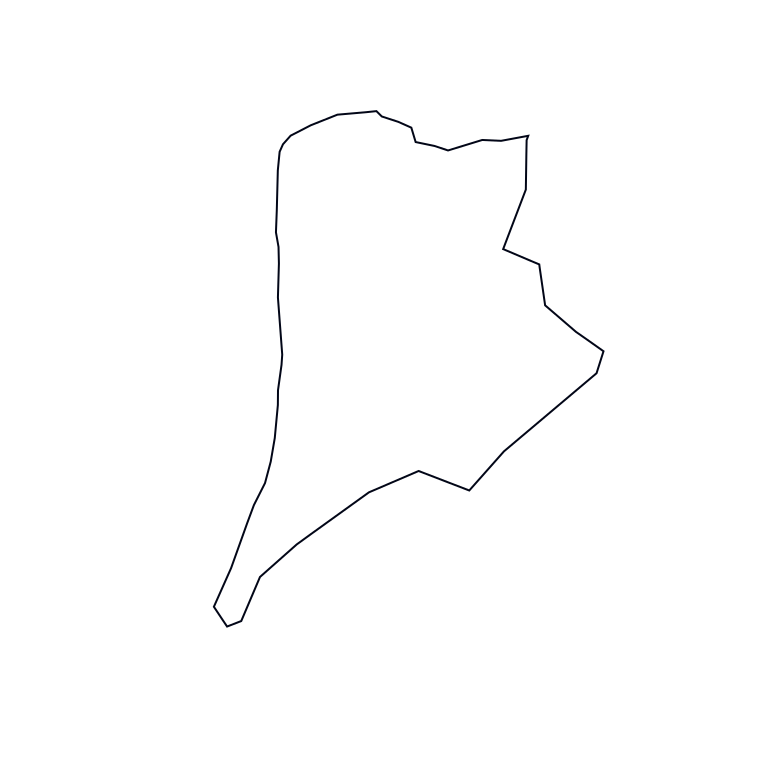 Zongo, Équateur, Democratic Republic of the Congo, rotated 24°
{"feature_id": "63176286B53748739739840", "entity_name": "Zongo", "entity_type": "district", "adm_level": 2, "iso_a3": "COD", "parent_name": "Democratic Republic of the Congo", "parent_adm1": "Équateur", "projection": "natural_earth1", "projection_center": [18.69, 4.178], "detail": "fine", "context": "isolated", "style": "outline", "palette": "ink", "viewbox_px": 768, "rotation_deg": 24, "n_neighbors": 0, "source": "geoboundaries", "source_scale": "gbopen_adm2", "svg_char_len": 907}
<svg xmlns="http://www.w3.org/2000/svg" viewBox="0 0 768 768"><g transform="rotate(24 384 384)"><path d="M414.8,98.6L392.1,114.2L374.5,121.1L347.5,144.6L333.3,146.0L314.5,150.1L304.7,138.7L290.4,138.7L273.2,140.5L266.1,137.8L256.7,143.2L231.9,156.9L211.9,177.4L197.7,195.1L194.2,206.1L194.2,214.3L200.1,232.0L215.4,268.9L223.6,289.4L231.9,301.7L239.0,316.7L251.9,348.1L279.1,398.6L282.6,408.2L289.7,432.8L295.6,446.4L306.2,477.8L312.1,501.0L315.6,522.9L314.4,547.5L315.6,566.6L319.2,614.4L319.2,656.7L332.3,665.0L339.3,669.4L350.0,658.6L349.2,610.7L369.5,566.1L378.5,550.5L414.3,489.1L451.0,449.4L505.2,446.6L508.5,436.2L521.0,396.7L573.8,287.7L571.6,268.2L571.2,264.8L548.1,260.2L538.2,258.3L506.9,248.9L499.2,246.6L489.0,230.4L478.9,214.4L477.2,211.6L468.4,211.8L438.0,212.3L437.3,200.1L434.5,148.7L425.1,126.7L420.6,116.2L415.1,103.2L414.8,98.6Z" fill="none" stroke="#020617" stroke-width="2"/></g></svg>